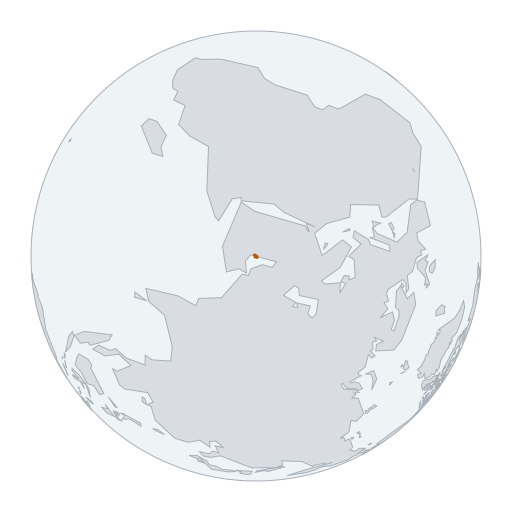 Ar Rayyān highlighted on a globe, orthographic projection, rotated 134°
{"feature_id": "QAT-1100", "entity_name": "Ar Rayyān", "entity_type": "Municipality", "adm_level": 1, "iso_a3": "QAT", "parent_name": "Qatar", "parent_adm1": "", "projection": "orthographic", "projection_center": [50.968, 25.185], "detail": "fine", "context": "on_globe", "style": "filled", "palette": "amber", "viewbox_px": 512, "rotation_deg": 134, "n_neighbors": 0, "source": "natural_earth", "source_scale": "10m", "svg_char_len": 11102}
<svg xmlns="http://www.w3.org/2000/svg" viewBox="0 0 512 512"><g transform="rotate(134 256 256)"><circle cx="256" cy="256" r="225" fill="#eef3f6" stroke="#a8b0b8"/><path d="M319.7,39.9L321.7,40.5L319.1,39.9L308.4,37.1L306.5,36.8L313.0,38.6L314.5,39.6L305.2,36.9L306.8,38.5L289.3,35.7L266.5,31.6L254.8,31.8L226.2,33.2L226.8,33.5L216.3,35.1L213.2,36.3L208.8,36.9L210.1,37.5L214.7,36.8L216.8,37.0L215.4,37.8L209.5,38.4L209.4,38.1L206.9,38.8L204.6,38.8L204.9,39.3L197.9,40.3L202.7,40.7L195.3,42.7L191.2,43.1L194.6,41.2L193.5,39.6L192.5,39.9L208.1,35.9L224.0,33.0L240.0,31.3L256.1,30.7L272.2,31.3L288.2,33.0L304.1,35.9L319.7,39.9ZM155.3,54.5L157.4,53.5L157.5,53.7L165.9,50.0L167.2,49.9L174.8,47.4L170.4,49.9L162.1,54.0L155.7,56.4L151.8,58.5L155.4,58.4L140.9,65.8L127.0,76.1L123.6,78.2L121.5,77.3L128.0,71.1L125.9,72.1L140.3,62.7L155.3,54.5ZM124.9,72.8L123.8,74.1L115.3,80.3L112.5,82.6L111.1,84.1L113.1,82.9L109.5,85.9L109.7,84.7L112.9,82.0L115.8,79.6L124.9,72.8ZM31.6,275.9L32.2,281.7L33.5,291.5L31.6,275.9ZM322.6,40.8L324.5,41.4L325.5,41.8L322.6,40.8ZM176.6,46.3L175.7,46.8L174.8,47.0L176.6,46.3ZM180.8,44.8L180.4,44.6L182.3,43.9L182.5,44.1L180.8,44.8ZM322.5,41.3L323.5,42.0L320.6,40.7L322.5,41.3ZM180.8,45.3L185.7,42.8L189.1,41.7L192.7,41.4L180.8,45.3ZM322.9,42.1L325.5,44.5L330.0,45.7L318.8,44.1L320.3,42.2L316.0,40.3L320.5,41.7L322.9,42.1ZM216.8,36.3L211.8,37.0L217.3,35.7L216.8,36.3ZM219.8,35.5L233.7,32.5L240.4,32.3L234.4,33.1L244.1,32.7L240.5,34.0L234.4,34.5L230.8,34.3L232.2,35.1L219.8,35.5ZM312.2,43.1L311.3,43.5L310.2,42.6L312.2,43.1ZM218.1,37.0L220.3,36.2L226.3,35.9L222.9,37.4L222.1,37.0L218.1,37.0ZM248.4,32.2L252.2,32.5L250.4,33.5L251.6,33.9L241.0,34.0L248.4,32.2ZM220.0,37.5L221.1,38.3L217.0,39.3L216.4,37.8L220.0,37.5ZM229.2,35.3L231.9,35.3L229.3,35.7L229.2,35.3ZM203.0,44.1L205.5,42.8L208.8,42.4L203.0,44.1ZM221.8,38.6L223.2,38.2L224.8,38.1L224.6,38.8L221.8,38.6ZM240.5,35.0L238.9,35.5L244.7,34.9L243.6,36.0L236.7,36.1L239.2,36.5L238.9,36.9L233.6,36.6L240.5,35.0ZM229.3,39.2L220.1,40.2L214.8,42.6L211.6,42.9L220.9,39.1L229.3,39.2ZM232.3,37.6L229.7,38.6L227.2,38.2L227.3,37.4L232.3,37.6ZM245.3,36.9L248.8,35.1L250.2,35.2L245.3,36.9ZM228.2,39.9L230.4,39.7L228.1,40.1L228.2,39.9ZM240.6,37.8L241.7,37.1L243.2,37.2L240.6,37.8ZM234.0,40.0L231.1,40.2L231.1,39.5L234.0,40.0ZM237.4,39.0L239.3,39.4L232.9,39.2L237.6,38.7L237.4,39.0ZM241.9,38.0L243.2,37.8L241.2,38.3L241.9,38.0ZM235.6,42.8L227.5,42.7L227.5,41.1L235.4,41.3L235.6,42.8ZM57.3,275.3L53.2,238.0L58.7,228.1L62.3,213.4L102.9,179.3L108.7,185.6L137.4,189.4L140.5,192.4L134.1,203.1L153.2,223.6L163.0,215.6L183.4,227.7L198.9,229.6L209.8,208.7L184.4,204.9L183.1,193.6L205.8,187.5L228.4,191.6L228.6,187.4L216.8,176.6L224.6,169.9L213.1,172.4L215.8,177.0L208.7,179.0L205.7,174.9L208.6,172.5L202.5,169.7L190.4,182.9L191.9,189.1L174.4,188.7L175.2,199.1L169.6,202.8L166.0,186.6L168.3,181.4L159.6,162.9L155.5,168.1L163.5,186.3L159.9,184.2L154.5,192.5L155.7,184.5L148.1,164.3L134.0,163.7L111.5,180.4L104.2,179.3L100.1,172.2L112.9,151.6L127.7,156.4L132.4,150.2L133.3,138.7L137.8,141.5L140.0,137.7L146.0,139.3L158.3,132.8L164.9,133.8L173.5,123.2L178.1,122.6L171.7,128.9L170.9,134.2L187.9,137.8L192.3,136.2L196.5,129.2L200.6,131.5L202.5,124.4L214.1,123.9L201.5,118.9L206.1,111.7L215.1,107.5L214.3,104.5L199.6,111.5L195.8,115.3L196.2,119.8L183.8,130.5L177.1,131.2L181.5,117.4L172.5,117.2L179.9,107.4L215.1,92.8L227.8,91.5L241.1,103.9L236.0,107.8L228.7,105.1L232.1,114.0L233.4,110.2L236.9,112.4L242.1,106.9L244.8,108.3L245.2,101.0L249.1,102.1L248.8,106.7L259.9,100.4L269.0,101.7L270.2,99.7L268.9,97.2L281.3,101.0L281.7,99.4L277.7,97.4L275.9,93.2L277.4,87.4L281.6,89.0L281.6,91.3L288.0,99.0L287.4,105.4L289.3,105.6L290.8,100.4L283.0,91.0L282.7,87.1L287.2,91.0L285.5,89.3L286.7,87.9L291.8,88.2L287.3,83.9L294.5,69.0L305.2,68.9L308.3,73.5L317.8,67.0L329.1,68.8L325.4,66.8L327.5,63.3L324.0,62.6L322.4,61.4L326.2,53.7L330.4,53.6L327.9,49.4L326.0,48.6L322.8,48.2L318.8,44.1L330.0,45.7L333.7,47.4L338.2,47.9L346.0,52.0L354.5,56.1L360.4,61.2L366.7,64.5L367.7,64.4L376.9,69.4L392.4,81.1L375.3,71.9L351.2,57.5L360.6,63.0L357.1,62.1L359.7,64.5L366.4,68.8L368.1,69.0L371.9,80.1L385.4,95.2L387.8,91.7L394.0,94.4L411.4,111.8L424.4,142.7L432.8,149.2L436.4,155.0L436.0,160.6L430.7,152.3L426.2,151.3L423.3,146.1L420.8,153.4L416.6,146.4L416.8,156.1L421.8,160.6L425.5,156.3L427.5,168.5L437.2,175.5L443.4,187.5L444.1,214.5L437.3,226.5L438.0,230.8L432.6,228.4L429.5,239.0L442.6,257.6L443.6,264.2L436.6,281.0L435.8,276.2L421.7,269.8L421.9,286.3L432.7,295.1L436.5,308.7L429.4,307.2L425.2,295.4L420.2,292.7L419.6,278.7L411.5,260.1L404.3,266.8L402.9,258.5L390.8,244.4L379.2,253.5L362.2,280.5L363.1,301.9L355.8,312.7L339.1,284.9L333.5,264.7L326.3,267.8L310.0,251.9L278.7,253.3L275.3,247.9L269.2,250.7L257.9,245.5L253.1,236.5L245.8,237.1L259.0,260.6L266.9,260.1L275.0,250.9L277.0,259.3L288.0,266.2L272.2,286.9L227.4,304.1L224.8,288.0L200.1,241.3L201.8,236.4L201.8,235.8L201.6,234.7L197.5,242.6L193.9,233.4L205.1,265.8L206.2,279.3L226.7,305.1L224.3,307.4L231.5,312.8L256.6,307.3L256.3,312.6L243.4,336.5L210.2,366.2L215.7,386.7L215.2,403.0L196.9,411.6L201.0,423.6L192.0,426.4L193.0,432.7L187.2,438.1L176.5,441.8L155.6,437.3L152.3,431.6L138.8,418.1L119.2,385.5L122.4,373.1L119.7,361.3L104.8,331.0L107.9,317.1L104.4,309.5L97.0,308.4L93.2,299.2L88.9,297.2L63.6,289.8L57.3,275.3ZM85.7,200.1L83.9,204.3L85.7,200.1ZM250.5,207.6L265.2,209.0L261.8,195.0L267.2,194.6L264.0,190.3L261.5,194.1L254.2,182.3L261.7,178.6L261.6,172.8L256.6,172.1L244.0,180.9L254.3,197.4L249.5,202.9L250.5,207.6ZM115.3,80.3L115.2,80.5L113.1,82.5L112.8,82.5L115.3,80.3ZM111.7,87.1L106.0,91.8L109.8,88.2L108.3,88.7L114.4,82.3L122.2,78.9L117.6,81.4L111.7,87.1ZM124.8,73.7L120.0,77.6L124.9,73.5L124.8,73.7ZM146.1,117.3L146.9,120.5L142.7,124.2L134.3,124.5L140.2,119.0L146.1,117.3ZM149.0,124.3L155.7,111.4L161.2,111.3L156.9,113.4L159.9,114.6L153.9,118.5L152.6,131.6L148.8,135.8L135.3,133.1L141.8,131.4L140.7,128.2L149.0,124.3ZM163.0,84.4L166.0,80.4L174.1,85.0L170.4,88.4L161.8,88.5L161.1,84.6L163.0,84.4ZM186.3,46.0L186.9,45.3L188.5,44.9L189.3,45.3L186.3,46.0ZM203.9,43.5L185.3,49.5L185.0,48.8L174.4,53.9L169.6,54.2L176.7,50.7L165.0,55.1L169.5,52.1L161.7,55.5L177.9,47.7L181.4,45.7L179.3,47.8L183.6,47.5L186.5,46.7L197.4,43.4L207.1,39.4L212.9,39.1L214.4,39.9L213.0,40.7L209.7,40.6L210.1,41.9L204.2,42.4L203.9,43.5ZM228.9,57.6L225.7,55.6L225.6,61.0L219.7,60.4L220.0,61.1L214.5,62.2L208.5,65.0L206.3,64.3L204.9,65.7L201.2,66.7L198.6,68.5L193.6,68.1L190.0,70.4L189.7,68.9L184.8,73.1L186.2,69.9L181.6,71.3L182.7,73.6L162.4,70.0L152.8,72.0L144.0,75.7L147.7,70.5L158.3,64.1L171.6,58.5L180.3,57.8L180.4,55.9L184.6,55.1L182.8,56.9L188.1,53.8L191.1,53.7L202.9,50.6L208.8,46.8L213.2,45.8L212.4,47.3L217.4,45.4L219.0,47.7L222.2,47.2L226.9,49.3L223.5,53.0L227.4,52.2L231.1,54.1L228.9,57.6ZM236.7,43.4L233.9,47.3L229.4,49.1L223.1,44.8L219.9,44.9L215.7,42.9L222.5,40.5L223.0,41.2L225.2,41.4L222.2,42.1L226.2,41.8L227.1,42.9L230.4,43.0L228.6,44.2L236.7,43.4ZM145.9,189.2L148.7,190.5L153.4,191.2L150.1,196.7L145.9,189.2ZM140.4,175.5L143.1,175.5L140.7,183.0L137.9,182.0L140.4,175.5ZM146.7,169.4L143.5,174.9L143.5,171.3L146.7,169.4ZM174.5,128.7L177.6,128.5L177.2,130.3L174.5,132.4L174.5,128.7ZM227.4,75.7L226.2,73.7L227.7,73.2L229.7,68.5L234.2,68.9L234.8,71.9L227.4,75.7ZM204.4,211.8L198.7,215.4L196.9,213.1L199.2,212.3L204.4,211.8ZM172.2,206.2L178.6,210.3L171.2,207.7L172.2,206.2ZM232.7,75.3L233.0,73.3L235.0,74.8L232.7,75.3ZM237.7,69.1L240.5,70.4L235.0,68.5L237.7,69.1ZM301.9,469.3L304.2,470.0L300.4,470.6L301.9,469.3ZM254.1,402.0L242.2,428.7L231.4,428.4L228.0,420.6L231.4,404.4L243.6,400.0L249.2,392.2L254.1,402.0ZM462.0,325.3L464.2,323.9L464.0,324.9L462.0,325.3ZM459.7,324.4L462.7,322.1L458.9,326.9L459.7,324.4ZM463.8,321.2L466.7,316.8L468.0,314.1L467.6,316.3L463.8,321.2ZM457.6,326.2L443.9,334.9L437.9,335.7L439.8,331.5L449.4,326.9L457.6,326.2ZM439.2,331.7L429.5,327.0L412.7,304.8L418.8,303.1L435.6,313.5L434.6,316.9L440.6,321.6L439.2,331.7ZM461.1,300.9L460.0,310.4L452.9,314.6L449.4,315.4L447.0,305.3L448.4,298.6L451.4,297.0L460.6,269.9L464.3,272.2L462.0,282.9L464.9,288.7L461.1,300.9ZM364.2,303.7L370.2,314.9L365.9,317.9L364.2,303.7ZM462.4,252.9L459.9,264.6L461.6,250.2L462.4,252.9ZM462.2,240.2L463.3,244.5L461.0,241.4L462.2,240.2ZM439.6,237.0L436.5,239.9L435.6,236.8L438.9,231.3L439.6,237.0ZM448.0,197.8L451.4,207.0L452.0,210.5L449.0,205.8L448.0,197.8ZM271.9,79.8L264.0,85.4L261.3,90.7L264.5,95.0L256.6,91.7L260.7,83.6L271.9,79.8ZM291.3,70.0L288.4,66.8L291.9,67.0L293.0,67.8L291.3,70.0ZM288.0,68.8L280.4,67.3L280.2,64.8L286.3,66.5L288.0,68.8ZM256.4,70.3L253.7,71.8L252.1,70.5L256.4,70.3ZM432.9,395.5L425.8,403.7L423.6,405.3L428.5,399.1L435.2,385.7L436.4,385.0L441.1,374.5L455.2,355.7L466.6,330.6L469.4,326.9L474.6,309.4L475.6,306.4L471.3,322.4L465.8,338.1L459.2,353.3L451.5,368.0L442.7,382.1L432.9,395.5ZM467.4,320.6L471.2,310.5L472.6,308.1L467.4,320.6ZM479.8,281.9L480.0,280.2L478.5,283.9L478.3,281.0L479.3,276.0L477.5,276.7L479.6,270.4L479.9,277.2L480.8,268.0L481.1,266.1L479.8,281.9ZM478.4,289.2L478.6,288.4L478.1,291.7L478.4,289.2ZM474.3,290.2L474.0,292.8L473.3,292.0L474.3,290.2ZM475.4,287.4L477.3,286.5L475.1,289.7L475.4,287.4ZM466.6,289.2L467.6,293.8L470.7,287.2L468.3,294.7L469.8,301.8L468.8,306.0L467.5,298.1L466.0,309.1L464.5,310.3L464.3,302.1L466.1,290.0L467.5,284.3L472.8,276.9L466.6,289.2ZM475.6,280.5L475.0,274.9L475.3,269.9L476.1,272.4L475.6,280.5ZM472.0,261.8L469.0,256.5L467.3,261.5L469.9,246.8L472.5,254.2L472.0,261.8ZM468.0,247.2L466.5,251.7L467.4,243.6L468.0,247.2ZM465.5,249.7L464.3,244.7L466.1,243.8L465.5,249.7ZM469.0,246.4L467.7,237.1L469.4,241.6L469.0,246.4ZM461.0,233.6L466.4,238.9L461.1,239.5L456.4,222.8L458.4,220.6L461.0,233.6ZM443.7,157.0L440.8,152.9L441.3,150.3L443.2,153.8L443.7,157.0ZM440.2,139.6L440.5,148.3L440.2,156.1L442.3,157.0L445.9,165.6L440.5,160.1L437.6,149.2L438.6,144.7L434.7,138.1L432.9,131.9L427.1,124.8L425.0,120.7L430.6,126.0L440.2,139.6ZM424.5,122.0L413.7,109.3L416.5,108.2L419.5,110.7L423.3,116.8L421.6,117.0L424.5,122.0ZM411.9,106.1L410.2,106.3L390.6,91.8L387.2,88.7L403.6,98.2L402.8,99.0L407.1,103.0L411.9,106.1ZM313.7,44.1L311.5,43.5L313.5,43.6L313.7,44.1ZM320.5,61.2L318.6,59.7L321.0,59.6L320.5,61.2ZM314.8,55.6L313.4,56.7L313.1,54.8L314.8,55.6ZM310.6,59.6L312.0,56.9L313.2,60.5L310.6,59.6Z" fill="#d9dde1" stroke="#a8b0b8" stroke-width="1"/><path d="M256.3,258.5L256.0,258.4L255.9,258.4L255.7,258.2L255.4,257.7L255.5,257.7L255.6,257.2L255.4,256.8L255.4,256.7L255.4,256.4L255.3,256.2L255.3,255.9L255.3,255.7L255.3,255.4L255.2,255.1L255.3,254.9L255.2,254.8L255.3,254.7L255.4,254.8L255.5,254.8L255.5,254.7L255.5,254.4L255.4,254.4L255.5,254.3L255.5,254.2L255.7,254.3L255.6,254.5L255.8,254.6L255.8,254.4L256.0,254.4L256.0,254.2L255.9,254.2L255.7,254.1L255.7,253.9L255.8,253.8L255.8,253.7L256.5,253.7L256.5,253.8L256.9,253.8L256.9,254.1L257.0,254.3L257.1,254.5L257.1,254.8L257.2,255.2L257.5,255.2L257.7,255.3L257.9,255.7L258.0,255.7L258.0,255.9L258.0,256.0L257.9,256.0L257.7,255.9L257.6,256.0L257.8,256.1L257.7,256.2L257.6,256.4L257.6,256.5L257.3,256.4L257.3,256.7L256.9,256.7L256.9,258.1L256.6,258.4L256.5,258.5L256.3,258.5Z" fill="#f59e0b" stroke="#b45309" stroke-width="1.5"/></g></svg>